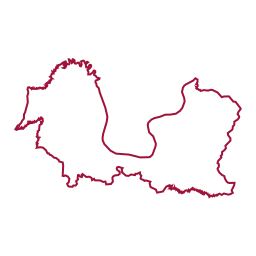 Chiang Saen, Chiang Rai, Thailand
{"feature_id": "78962969B57964456122026", "entity_name": "Chiang Saen", "entity_type": "district", "adm_level": 2, "iso_a3": "THA", "parent_name": "Thailand", "parent_adm1": "Chiang Rai", "projection": "mercator", "projection_center": [100.131, 20.291], "detail": "fine", "context": "isolated", "style": "outline", "palette": "rose", "viewbox_px": 256, "rotation_deg": 0, "n_neighbors": 0, "source": "geoboundaries", "source_scale": "gbopen_adm2", "svg_char_len": 5705}
<svg xmlns="http://www.w3.org/2000/svg" viewBox="0 0 256 256"><path d="M195.4,78.3L193.3,80.5L185.5,84.6L184.1,85.8L182.9,87.8L182.0,92.0L184.3,98.4L184.6,101.7L182.3,107.9L180.1,110.8L175.9,113.7L170.5,114.6L165.2,114.7L159.9,116.8L154.4,118.1L151.4,119.6L148.6,122.3L147.8,124.3L147.9,126.6L149.2,132.5L153.2,136.3L155.9,143.8L155.5,146.4L152.5,154.6L150.3,156.7L149.1,157.2L140.1,157.4L129.1,154.6L115.9,153.6L110.4,150.6L104.3,144.0L102.7,140.4L102.6,137.4L103.3,133.3L106.7,121.9L107.4,116.7L105.3,107.6L99.9,92.9L98.7,88.0L96.7,86.1L96.3,83.7L95.4,82.2L95.7,80.6L99.2,79.2L99.5,78.3L97.0,77.6L95.6,75.8L94.1,75.0L94.0,74.3L95.3,72.3L95.2,71.0L94.5,70.6L93.8,70.6L92.6,72.6L90.0,74.5L88.2,74.4L88.5,71.8L87.5,70.4L87.6,69.6L89.4,68.7L91.1,66.6L91.1,65.2L89.7,64.8L87.9,67.4L86.3,67.4L85.8,65.9L86.0,64.0L88.0,62.3L87.2,61.8L85.0,63.1L84.1,61.1L83.1,60.6L81.1,61.4L81.7,64.5L80.9,66.3L80.0,66.0L79.0,62.7L77.7,62.7L76.0,63.7L74.8,63.4L74.5,60.3L72.9,59.2L72.4,59.8L72.9,62.2L71.9,62.9L71.7,61.3L70.2,60.9L69.5,59.5L68.8,59.4L69.7,63.0L69.0,64.3L67.8,64.3L66.7,63.6L65.6,61.4L64.2,61.9L64.1,63.2L65.8,64.4L66.2,65.6L65.6,67.4L64.3,68.2L63.5,67.9L64.2,67.7L64.8,65.5L63.6,65.0L63.3,63.4L62.6,62.8L60.2,64.8L58.8,64.9L58.6,65.7L57.5,65.5L57.6,66.7L56.5,66.6L55.9,68.1L56.8,68.1L56.9,67.4L57.5,67.9L55.8,68.7L55.4,70.8L54.2,70.0L53.8,72.3L53.5,71.7L53.0,72.0L52.4,71.6L52.7,73.7L51.6,74.0L51.1,76.0L50.0,76.8L52.0,78.4L51.5,78.4L51.4,79.7L50.1,81.4L49.9,80.3L49.4,80.6L49.9,81.9L48.9,82.1L49.2,82.8L48.0,82.5L48.0,82.9L47.4,82.7L46.0,83.6L47.3,85.2L46.9,85.9L45.8,85.7L46.6,86.6L45.3,87.3L45.7,87.6L45.1,88.3L44.2,88.0L43.0,88.9L42.4,88.7L42.7,87.8L40.8,88.1L40.0,87.5L39.1,87.8L38.8,88.5L37.7,88.2L37.2,88.7L36.6,88.2L35.9,89.0L34.4,88.2L33.9,88.9L32.7,88.6L31.7,89.2L31.3,88.5L31.7,88.0L30.8,88.3L29.1,87.2L27.9,87.6L27.5,89.5L28.2,91.5L28.2,93.4L27.3,96.0L27.8,102.4L25.1,112.2L24.0,114.5L23.9,118.7L22.3,120.5L21.1,123.0L19.1,124.9L19.1,125.8L17.7,125.5L15.4,129.3L16.6,129.9L17.3,129.5L17.3,128.4L18.2,128.5L18.3,128.0L19.1,128.5L19.1,129.0L20.4,128.8L20.6,128.0L21.1,128.3L21.6,127.5L22.0,128.7L23.0,128.8L23.3,127.8L24.0,127.9L24.6,126.7L25.4,126.5L25.4,125.8L26.2,125.9L26.2,125.3L28.5,124.0L27.9,123.1L28.8,122.4L28.4,121.6L29.6,121.5L29.6,122.8L30.4,123.2L31.5,123.0L31.5,122.2L32.6,122.8L33.1,121.8L34.1,122.5L34.9,121.9L34.9,121.3L36.0,121.9L38.5,119.1L39.1,119.5L38.6,120.5L39.5,119.8L39.3,118.5L40.4,118.9L41.1,117.4L41.6,117.6L41.6,118.9L42.6,118.9L42.8,121.6L42.1,122.1L41.0,121.8L40.9,122.6L41.8,123.7L39.5,125.2L39.1,130.3L37.7,131.2L37.9,132.3L37.1,133.8L37.6,135.2L36.7,136.5L37.2,137.1L39.3,137.5L38.1,138.7L38.5,139.7L36.6,142.7L36.6,143.3L37.4,143.5L36.7,144.2L37.4,144.9L36.9,146.3L37.5,147.0L37.0,147.7L40.3,147.2L42.9,147.6L46.0,150.3L47.5,153.3L48.8,153.3L49.7,154.7L51.3,155.2L54.1,157.7L56.1,158.0L58.7,160.1L59.3,161.5L62.7,162.4L63.2,165.4L62.7,175.9L64.0,176.1L65.2,175.3L67.9,176.6L69.4,178.8L68.7,182.3L67.1,183.8L68.0,185.9L69.1,186.6L72.5,186.8L73.3,185.5L75.7,185.5L77.0,183.9L76.1,181.2L78.1,179.3L77.6,177.9L78.0,175.1L78.6,174.9L79.9,176.5L81.8,177.1L82.1,176.5L81.6,174.9L82.5,174.0L86.3,177.0L89.4,176.7L91.5,177.9L92.1,180.1L94.0,178.8L94.8,180.3L100.3,180.5L103.0,181.9L105.4,181.6L106.2,184.4L110.9,184.0L112.9,181.6L112.4,177.9L112.9,176.6L114.9,175.4L118.1,175.1L119.7,173.9L119.7,171.7L117.5,170.2L116.7,168.9L117.1,167.4L118.5,166.9L122.6,168.1L121.7,169.5L122.3,171.7L122.0,172.3L125.9,175.6L128.5,175.9L131.1,174.5L135.0,175.1L135.4,173.8L137.1,173.8L139.9,172.5L140.1,174.4L141.3,175.7L140.5,178.2L141.1,179.1L143.9,180.1L144.4,180.9L146.1,180.5L150.4,181.7L149.6,183.4L150.6,187.1L155.9,189.6L157.1,192.6L162.9,191.5L166.3,186.6L169.4,185.2L170.3,185.5L169.9,186.1L170.3,186.0L170.7,186.9L171.8,186.1L171.2,187.8L170.9,187.4L169.8,188.4L170.4,188.4L171.2,189.4L172.2,188.2L173.0,188.8L173.8,188.4L174.3,187.4L174.5,188.9L175.0,189.0L175.9,188.2L176.4,188.5L176.3,189.9L178.6,189.1L177.8,189.9L178.7,190.0L178.4,190.9L179.2,190.8L179.1,191.4L179.5,191.4L179.2,192.6L180.1,192.7L181.2,191.8L181.9,193.2L183.6,192.6L183.4,191.8L184.2,191.9L185.2,190.6L186.8,190.3L187.9,191.5L188.7,189.9L189.3,190.8L189.4,190.0L190.2,190.4L191.3,188.8L191.7,189.1L192.1,188.7L192.4,189.3L192.6,189.4L193.0,188.4L193.4,189.0L193.8,188.7L194.7,189.3L194.2,190.6L195.1,189.8L196.8,189.6L197.2,190.0L197.2,191.0L198.3,191.3L198.3,190.4L199.7,190.4L199.4,191.6L200.2,191.4L200.4,192.2L201.9,191.1L202.5,191.9L202.3,192.3L202.8,192.4L202.0,193.3L202.8,193.5L202.6,194.0L203.1,194.3L204.0,194.4L204.7,192.6L205.0,193.0L206.1,192.7L206.6,193.6L207.6,193.6L207.6,194.6L208.6,195.1L208.6,195.7L208.1,195.9L208.9,195.9L209.4,195.4L209.5,196.8L210.6,196.0L212.1,195.7L212.4,196.2L213.2,195.4L213.2,195.9L213.9,195.6L214.4,196.1L215.2,195.2L216.7,195.6L216.9,194.8L217.8,195.0L218.6,194.0L219.5,193.7L221.7,194.9L223.9,193.5L228.3,194.6L230.5,194.1L232.8,192.8L231.6,190.5L234.2,185.1L234.5,182.8L229.4,183.0L227.7,182.5L226.3,181.1L224.8,178.3L224.4,176.2L221.9,174.9L219.4,172.6L217.7,169.5L217.6,168.4L218.7,167.1L218.9,165.4L218.8,164.1L217.5,163.0L218.3,160.7L221.4,157.5L220.8,155.9L222.1,154.7L222.1,151.9L224.2,150.4L225.9,148.3L225.4,145.8L230.4,140.7L230.4,138.3L228.1,135.1L227.8,133.0L231.9,130.0L232.6,128.8L232.8,126.5L234.3,124.8L234.3,121.7L237.7,119.5L239.1,117.6L239.2,116.4L237.6,114.1L238.6,111.6L240.6,109.1L240.6,108.4L235.5,101.8L233.3,101.6L229.0,96.4L223.8,96.5L221.8,97.2L217.6,92.5L212.5,90.0L210.7,89.8L208.1,90.6L203.9,90.1L200.5,90.9L200.0,89.9L198.8,89.9L198.0,89.0L196.7,88.8L196.2,88.2L196.8,87.4L196.5,87.0L197.0,87.1L197.7,86.0L197.7,85.0L197.3,84.1L196.3,84.1L197.5,81.9L197.5,79.5L195.4,78.3Z" fill="none" stroke="#9f1239" stroke-width="2"/></svg>